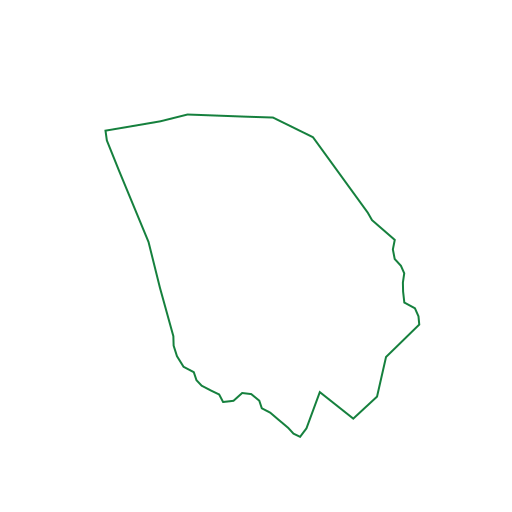 Pindoba, Alagoas, Brazil (Albers equal-area conic projection), rotated 235°
{"feature_id": "56859067B20110323739733", "entity_name": "Pindoba", "entity_type": "district", "adm_level": 2, "iso_a3": "BRA", "parent_name": "Brazil", "parent_adm1": "Alagoas", "projection": "albers", "projection_center": [-36.301, -9.475], "detail": "fine", "context": "isolated", "style": "outline", "palette": "green", "viewbox_px": 512, "rotation_deg": 235, "n_neighbors": 0, "source": "geoboundaries", "source_scale": "gbopen_adm2", "svg_char_len": 759}
<svg xmlns="http://www.w3.org/2000/svg" viewBox="0 0 512 512"><g transform="rotate(235 256 256)"><path d="M445.0,204.6L436.2,200.1L404.8,192.8L329.1,176.0L285.1,159.1L237.7,142.3L229.8,137.1L219.3,133.8L206.8,133.1L196.5,138.4L188.4,136.0L180.9,137.1L171.5,142.0L163.7,146.4L155.3,145.3L150.3,154.5L151.7,166.1L145.6,172.9L135.6,175.7L127.9,173.4L119.5,177.8L108.7,180.6L96.7,183.8L89.0,184.8L82.6,188.4L85.9,198.5L107.9,230.2L67.0,242.4L71.4,274.5L98.7,304.6L106.2,350.4L113.4,354.5L122.0,356.2L132.8,350.8L142.5,356.1L150.0,361.1L156.8,367.5L164.8,369.1L174.0,367.9L182.9,371.9L189.6,378.9L218.8,371.6L227.4,372.4L320.6,370.8L359.7,349.3L376.4,327.0L404.5,289.9L411.2,281.0L421.2,254.9L445.0,204.6Z" fill="none" stroke="#15803d" stroke-width="2"/></g></svg>